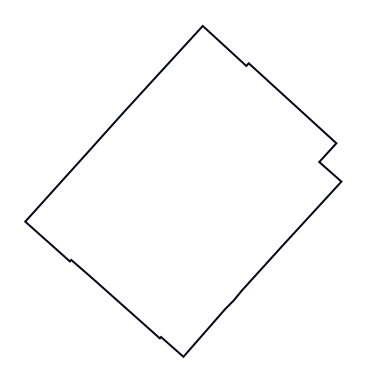 Otter Tail, Minnesota, United States of America, rotated 132°
{"feature_id": "52423323B9010393281020", "entity_name": "Otter Tail", "entity_type": "district", "adm_level": 2, "iso_a3": "USA", "parent_name": "United States of America", "parent_adm1": "Minnesota", "projection": "orthographic", "projection_center": [-95.611, 46.412], "detail": "fine", "context": "isolated", "style": "outline", "palette": "ink", "viewbox_px": 384, "rotation_deg": 132, "n_neighbors": 0, "source": "geoboundaries", "source_scale": "gbopen_adm2", "svg_char_len": 394}
<svg xmlns="http://www.w3.org/2000/svg" viewBox="0 0 384 384"><g transform="rotate(132 192 192)"><path d="M322.8,206.8L322.3,118.0L320.5,118.0L320.2,88.1L256.8,89.0L244.4,88.4L231.7,89.0L172.9,88.8L84.3,87.9L84.6,117.5L59.2,117.3L58.4,236.0L62.0,236.0L61.4,295.1L178.3,296.1L237.1,296.0L325.6,296.1L325.3,236.3L323.3,236.3L322.8,206.8Z" fill="none" stroke="#020617" stroke-width="2"/></g></svg>